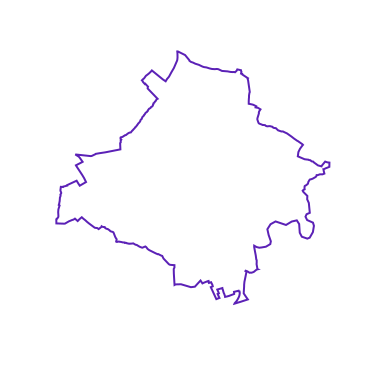 Mihalt, Alba, Romania (Mercator projection), rotated 228°
{"feature_id": "2599482B90708528056967", "entity_name": "Mihalt", "entity_type": "district", "adm_level": 2, "iso_a3": "ROU", "parent_name": "Romania", "parent_adm1": "Alba", "projection": "mercator", "projection_center": [23.75, 46.165], "detail": "fine", "context": "isolated", "style": "outline", "palette": "violet", "viewbox_px": 384, "rotation_deg": 228, "n_neighbors": 0, "source": "geoboundaries", "source_scale": "gbopen_adm2", "svg_char_len": 6012}
<svg xmlns="http://www.w3.org/2000/svg" viewBox="0 0 384 384"><g transform="rotate(228 192 192)"><path d="M239.1,309.7L245.7,308.0L246.2,308.4L247.2,307.7L248.3,309.2L249.0,309.4L249.7,309.9L252.8,307.7L252.3,306.5L252.2,305.2L252.2,305.3L252.2,304.1L252.9,303.7L253.9,302.5L255.4,301.0L257.9,299.1L261.9,295.3L264.8,294.1L265.7,293.7L266.8,292.8L268.0,291.2L270.0,289.2L272.0,287.8L274.9,286.1L276.2,285.0L276.8,284.5L278.2,283.7L281.9,282.2L285.1,280.3L287.6,279.3L289.3,278.3L291.2,277.9L291.9,278.2L298.4,278.5L306.0,275.5L306.3,275.1L304.8,274.0L301.7,271.3L300.4,269.9L299.7,269.0L296.3,261.6L294.8,256.9L293.1,252.1L292.9,250.8L292.7,249.1L291.9,246.5L295.1,245.7L309.2,243.5L309.0,242.0L308.9,239.6L309.0,237.6L309.2,235.5L308.5,232.4L308.6,231.5L308.5,229.5L307.4,229.5L306.9,229.3L306.3,229.2L303.8,229.2L303.8,229.7L299.7,229.8L299.5,229.3L298.6,228.3L284.3,228.8L284.5,228.0L284.5,227.4L284.0,226.2L284.0,225.7L283.9,225.2L284.0,224.8L283.6,223.9L283.7,222.6L283.1,222.1L283.0,221.4L282.5,220.9L282.2,219.8L282.5,218.4L282.2,217.3L282.6,215.8L282.2,213.9L281.8,213.4L281.9,212.5L281.6,211.9L281.9,210.7L281.7,209.8L281.3,208.8L281.4,208.1L281.0,207.5L280.9,205.3L279.9,203.3L280.0,202.6L279.8,201.6L279.2,200.8L278.9,199.2L278.9,197.8L278.6,197.1L278.6,196.7L278.3,195.9L278.4,195.6L278.2,195.0L278.0,193.8L278.1,192.9L277.8,192.2L277.7,190.3L277.6,189.9L277.6,189.5L277.5,189.1L277.6,188.7L277.2,186.4L277.9,185.4L278.0,185.0L278.2,184.6L278.2,184.2L278.4,183.5L278.5,181.1L279.0,180.2L279.1,179.8L279.0,179.5L279.3,178.7L279.4,177.3L280.3,175.6L280.3,175.4L279.3,174.4L278.2,174.5L277.8,173.2L277.3,172.9L276.6,172.3L276.4,171.3L271.6,167.3L279.5,154.1L282.8,149.1L284.8,145.9L284.7,145.6L285.8,141.9L286.0,141.4L286.5,140.7L294.2,133.8L298.0,130.4L294.1,131.5L292.8,131.5L287.6,130.9L287.7,130.4L289.5,123.6L288.6,123.4L278.1,121.8L274.5,121.1L270.3,119.9L271.8,112.8L274.4,113.2L277.6,113.8L280.7,103.7L280.3,103.5L281.4,101.3L282.2,99.9L282.0,99.5L283.6,98.0L282.6,96.8L282.1,96.3L281.5,95.5L280.6,94.9L279.4,94.5L278.8,94.2L278.4,93.6L278.3,92.9L278.0,92.3L277.2,91.9L276.7,91.1L276.3,90.2L273.6,87.4L273.2,86.7L272.6,86.1L271.5,84.3L270.6,84.6L268.5,81.1L266.6,79.1L263.5,76.6L262.9,75.9L262.4,73.9L262.7,73.5L262.4,72.8L259.4,70.2L253.9,75.9L253.5,76.5L252.6,80.8L251.4,84.2L250.9,85.2L250.5,86.8L250.5,87.2L246.9,87.6L247.1,90.2L247.1,91.3L247.0,93.2L244.7,93.4L242.5,93.8L240.2,94.0L237.6,94.4L230.6,95.8L230.1,96.1L229.5,96.7L228.9,97.2L228.5,97.5L226.9,97.8L226.7,100.8L226.6,101.5L226.9,101.9L226.2,102.1L225.3,102.7L224.4,103.6L224.1,103.7L223.9,103.6L223.6,103.4L222.5,103.6L221.5,104.1L220.9,104.6L220.7,104.6L218.8,105.1L218.2,105.1L217.8,105.1L217.3,105.2L216.4,105.7L215.7,106.2L214.7,106.6L213.7,106.3L210.3,105.0L209.3,104.7L208.1,104.5L207.7,104.5L207.2,104.3L206.4,103.2L206.2,102.8L206.0,102.5L205.8,102.4L205.5,102.5L204.9,103.1L204.5,104.0L204.0,104.6L203.7,104.7L202.8,105.5L201.7,106.3L200.9,106.8L199.6,108.1L199.0,108.0L198.9,108.1L198.8,108.3L198.6,108.8L198.0,109.2L197.6,109.4L197.2,109.4L196.5,110.1L195.9,110.4L195.2,111.1L195.2,111.3L194.8,111.7L194.3,112.3L193.6,113.2L193.2,113.9L193.0,114.0L190.7,114.7L189.6,115.5L186.5,116.4L184.3,117.5L183.8,117.9L183.0,120.2L182.7,120.9L181.5,121.1L179.4,120.9L177.5,121.3L170.4,124.1L168.7,124.9L168.4,125.4L165.5,126.5L164.4,127.1L161.6,126.3L153.8,126.5L152.9,126.8L152.1,127.4L149.4,130.0L147.6,128.4L147.0,126.9L143.5,123.9L134.6,116.8L134.3,118.0L130.8,122.1L122.0,127.5L119.7,130.8L120.1,134.7L120.5,139.1L117.1,138.6L116.6,140.3L115.2,144.0L114.8,144.8L114.4,144.6L114.2,144.3L114.2,144.0L113.1,143.7L112.2,145.8L109.3,145.0L108.0,144.3L108.7,142.3L105.4,141.3L96.1,138.4L95.0,141.3L94.9,141.5L99.1,142.8L98.7,144.2L102.6,145.5L100.3,150.3L99.8,150.0L99.5,149.7L99.3,149.6L98.6,149.5L97.9,149.1L95.9,148.1L94.8,147.8L92.7,146.9L91.9,146.4L90.9,148.2L90.0,150.0L89.2,152.1L88.0,155.1L88.7,155.7L89.7,156.4L89.2,157.3L87.5,160.5L87.0,160.2L86.3,160.8L85.2,160.1L84.5,159.4L83.4,158.0L82.7,156.8L81.7,154.2L81.1,152.1L80.8,149.3L80.6,148.9L77.9,154.6L74.8,161.6L78.1,162.0L82.1,162.6L82.3,162.8L86.7,167.3L88.2,168.7L90.2,170.9L93.2,175.0L96.5,179.4L97.5,178.9L97.6,179.2L95.9,180.1L93.6,180.7L93.3,180.9L92.9,181.6L92.2,182.2L91.3,184.3L91.1,188.1L90.6,189.1L90.8,189.0L95.3,191.8L96.0,192.6L98.1,194.5L98.8,194.6L102.3,197.0L105.8,199.1L109.5,201.4L110.3,202.1L110.5,202.3L108.0,203.1L105.6,204.7L104.3,206.5L101.9,210.3L100.9,215.3L102.6,217.6L108.8,220.2L113.9,223.1L115.5,228.8L114.2,234.4L104.6,239.8L103.3,246.4L100.8,250.9L96.5,250.2L89.6,244.8L85.3,243.7L80.2,246.5L79.3,248.9L81.3,255.0L85.3,260.0L88.3,261.4L94.1,258.8L97.7,259.8L98.8,262.3L97.7,265.6L105.7,271.5L109.5,272.7L111.9,275.1L117.5,274.8L118.9,275.1L119.0,276.3L118.6,277.5L119.6,278.2L120.9,279.5L121.0,280.0L120.6,281.6L120.6,283.8L121.6,285.1L122.3,287.2L122.4,288.0L121.6,289.4L121.1,290.8L120.4,294.1L120.8,295.5L121.1,295.9L120.7,296.2L119.9,298.0L119.6,298.8L118.4,300.1L117.8,300.8L117.1,302.7L119.0,303.7L121.0,304.9L120.7,305.3L120.1,307.4L119.6,308.6L118.8,310.9L121.9,313.8L123.5,312.4L125.5,311.3L124.7,306.1L124.4,305.4L127.5,303.4L130.5,302.8L132.1,302.4L133.5,302.4L134.1,301.9L134.8,301.4L136.4,301.2L137.5,300.3L138.0,300.2L141.0,297.6L147.7,294.5L150.5,297.8L151.9,301.3L152.8,305.8L152.8,306.0L153.6,306.0L159.2,304.7L159.8,304.4L160.8,304.2L163.3,303.6L166.7,303.0L172.0,301.8L174.3,300.8L176.1,300.1L176.8,299.4L177.2,298.9L180.3,297.2L180.7,297.2L183.4,297.0L184.7,295.8L186.0,295.3L186.6,295.4L186.8,295.2L187.2,295.1L187.4,294.9L188.8,294.0L189.7,292.9L190.5,291.8L191.8,291.1L192.8,291.0L193.5,290.4L193.8,290.1L194.2,289.7L194.7,289.2L195.2,289.1L197.5,287.9L198.4,287.6L199.7,288.0L202.2,289.1L203.0,289.9L205.7,294.4L206.3,294.8L206.9,295.7L207.6,298.2L210.8,297.2L211.2,296.7L212.3,295.9L212.8,297.1L215.8,295.9L216.9,295.2L219.6,293.2L221.5,294.9L223.3,296.7L224.1,297.6L225.1,298.5L225.7,299.1L227.3,301.1L227.6,301.8L237.6,308.5L239.0,309.1L239.1,309.7Z" fill="none" stroke="#5b21b6" stroke-width="2"/></g></svg>